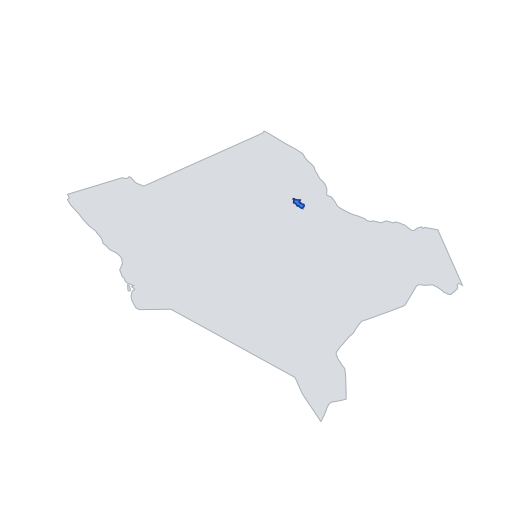 location of Keiyo North, Rift Valley, Kenya, rotated 119°
{"feature_id": "3690345B12433983427802", "entity_name": "Keiyo North", "entity_type": "district", "adm_level": 2, "iso_a3": "KEN", "parent_name": "Kenya", "parent_adm1": "Rift Valley", "projection": "equal_earth", "projection_center": [35.542, 0.697], "detail": "fine", "context": "in_parent", "style": "filled", "palette": "blue", "viewbox_px": 512, "rotation_deg": 119, "n_neighbors": 0, "source": "geoboundaries", "source_scale": "gbopen_adm2", "svg_char_len": 4832}
<svg xmlns="http://www.w3.org/2000/svg" viewBox="0 0 512 512"><g transform="rotate(119 256 256)"><path d="M142.8,309.6L142.7,303.1L143.4,286.5L143.3,271.9L143.9,264.6L146.6,260.0L147.8,256.6L148.7,251.9L150.1,248.1L153.3,245.0L153.8,243.3L157.2,238.1L159.2,231.4L160.7,229.1L162.6,227.0L164.0,225.9L166.2,224.8L167.9,224.2L168.2,223.6L168.4,222.6L167.8,218.4L168.5,217.1L169.7,214.3L171.1,211.7L172.3,210.1L173.0,208.4L173.3,205.5L173.3,203.4L173.3,200.0L172.9,192.3L171.5,185.9L170.6,178.7L171.3,176.4L170.2,172.2L169.6,171.9L168.7,171.0L167.5,167.1L166.6,163.4L166.1,162.5L162.3,159.4L160.4,151.9L158.3,150.2L157.1,142.8L156.9,140.7L158.1,133.3L158.0,131.6L156.7,130.0L153.2,128.4L150.3,125.4L150.6,124.3L150.9,123.2L149.3,122.5L144.9,109.8L150.6,102.2L156.4,94.5L163.8,84.8L170.5,75.8L176.4,68.1L181.6,61.2L181.5,62.5L181.5,64.3L182.1,65.4L183.2,66.1L184.7,65.3L186.0,64.2L187.3,64.0L195.1,66.9L196.4,69.4L196.3,72.1L196.7,74.0L196.1,76.0L195.4,81.9L195.6,87.4L198.0,91.4L200.1,94.6L201.7,99.0L203.0,100.4L204.7,101.1L210.0,101.2L218.0,101.5L225.7,101.8L226.4,101.9L228.0,102.5L235.1,108.5L241.6,114.0L247.0,118.8L252.4,123.4L257.5,127.9L261.5,131.7L265.5,132.8L271.9,133.4L276.4,133.5L280.5,135.1L286.6,136.6L291.1,137.3L293.9,138.2L301.5,139.0L302.8,138.5L306.2,134.4L309.9,127.6L311.4,123.9L316.2,120.2L324.8,115.1L330.8,111.5L337.5,107.8L340.6,111.0L344.8,116.0L346.7,118.6L348.2,119.7L350.5,120.4L353.3,120.4L354.8,120.3L357.9,119.6L365.2,119.0L369.3,119.1L365.8,125.8L361.7,133.9L354.0,148.8L348.1,156.6L343.7,162.5L343.3,163.6L343.3,170.2L343.4,186.3L343.5,218.5L343.6,250.8L343.7,283.0L343.8,299.2L343.8,304.6L347.7,311.4L351.5,318.0L356.5,326.8L359.2,331.4L359.6,333.0L359.5,336.2L355.3,342.7L352.0,345.7L347.4,347.1L346.0,346.9L344.2,345.9L343.5,347.5L343.0,350.0L342.0,349.4L341.2,348.7L341.7,353.1L342.1,355.2L341.5,358.1L339.2,360.7L339.0,362.8L334.2,368.5L327.4,369.1L323.8,371.9L322.2,374.2L321.0,379.1L321.4,386.8L319.5,392.7L319.2,395.7L315.7,399.5L314.1,403.0L312.9,406.6L311.9,408.1L310.7,416.1L309.1,421.0L308.6,422.6L308.2,424.1L307.0,426.9L306.1,428.9L305.5,430.1L301.4,442.6L298.1,448.2L295.6,447.6L293.9,449.7L293.7,450.8L292.8,450.2L290.7,448.1L286.4,443.9L282.0,439.7L277.7,435.5L273.3,431.2L269.0,427.0L264.6,422.8L260.3,418.6L255.9,414.3L253.3,411.9L252.2,410.4L251.3,407.5L250.9,406.8L249.7,405.8L248.4,405.6L248.0,405.1L248.0,403.7L248.5,401.6L250.1,397.8L250.3,395.5L249.9,392.9L249.4,388.7L249.0,387.8L246.1,385.6L240.1,381.1L234.0,376.5L228.0,372.0L221.9,367.4L215.9,362.9L209.8,358.3L203.8,353.8L197.7,349.2L191.7,344.7L185.6,340.1L179.6,335.6L173.5,331.0L167.4,326.4L161.4,321.9L155.3,317.3L149.3,312.8L147.0,311.1L145.0,309.6L142.8,309.6ZM344.2,353.9L343.1,354.2L343.7,352.0L346.8,349.2L348.1,349.8L348.3,350.5L348.2,351.1L347.7,351.6L344.2,353.9Z" fill="#d9dde1" stroke="#a8b0b8" stroke-width="1"/><path d="M191.7,238.3L191.4,238.5L191.2,238.5L190.9,238.5L190.7,238.5L190.7,238.4L190.4,238.3L190.0,238.2L189.9,238.1L189.6,238.0L189.4,238.0L189.2,238.0L188.9,238.3L188.7,238.3L188.4,238.5L188.2,238.6L188.0,238.8L187.9,238.8L187.8,239.0L187.8,239.3L187.7,239.4L187.7,239.5L187.8,239.7L188.0,239.7L188.0,239.8L188.1,240.0L188.1,240.3L188.1,240.5L188.2,240.9L188.2,241.0L188.2,241.3L188.2,241.5L188.3,241.6L188.3,241.8L188.3,242.0L188.2,242.1L188.1,242.3L188.1,242.5L188.0,242.4L187.9,242.5L188.1,242.6L188.0,242.8L188.0,243.0L188.0,243.3L188.0,243.5L188.1,243.8L188.2,244.0L188.3,244.0L188.3,244.3L188.2,244.3L187.9,244.3L187.6,244.3L187.4,244.3L187.2,244.3L186.8,244.3L186.6,244.3L186.4,244.3L186.2,244.3L185.9,244.3L185.6,244.4L185.7,244.5L185.8,244.8L186.0,245.3L186.2,245.6L186.2,245.8L186.3,245.9L186.4,246.1L186.5,246.3L186.6,246.5L186.8,246.9L186.9,247.2L187.0,247.4L187.1,247.6L187.2,247.8L187.3,248.1L187.5,248.4L187.5,248.5L187.6,249.0L187.5,249.6L187.4,250.0L187.4,250.5L187.5,250.6L187.5,250.8L187.7,251.0L187.8,251.2L188.0,251.2L188.3,251.1L188.4,250.9L188.4,250.7L188.5,250.5L188.5,250.4L188.7,250.2L188.8,250.0L188.8,249.9L188.9,249.7L189.0,249.7L189.3,249.6L189.5,249.7L189.8,249.5L190.0,249.4L190.3,249.3L190.5,249.3L190.6,249.2L190.8,249.0L191.0,249.0L191.0,248.9L191.3,248.8L191.3,248.7L191.2,248.5L191.1,248.4L190.9,248.2L190.9,247.9L190.9,247.7L190.9,247.3L191.0,247.3L191.0,247.2L191.1,246.9L191.2,246.7L191.2,246.3L191.2,246.2L191.2,245.9L191.1,245.7L191.3,245.5L191.4,245.4L191.5,245.3L191.7,245.1L191.7,244.9L191.8,244.9L191.9,244.6L192.0,244.4L191.9,244.4L191.9,244.2L191.9,243.9L191.9,243.7L191.7,243.5L191.8,243.5L191.7,243.4L191.7,243.2L191.6,242.9L191.7,242.7L191.7,242.4L191.8,242.2L191.8,241.9L191.9,241.7L192.0,241.5L192.0,241.3L192.0,241.2L192.0,240.9L192.0,240.7L192.0,240.4L192.0,240.2L192.2,239.9L192.1,239.7L192.1,239.4L192.1,239.2L192.0,238.9L191.9,238.7L191.7,238.5L191.7,238.4L191.7,238.3Z" fill="#3b82f6" stroke="#1e3a8a" stroke-width="1.5"/></g></svg>